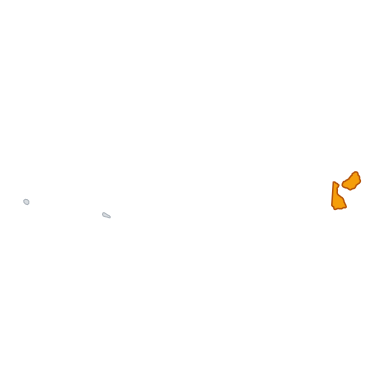 North Thiladhunmathe, Maldives (highlighted), rotated 94°
{"feature_id": "70690204B83662482201246", "entity_name": "North Thiladhunmathe", "entity_type": "district", "adm_level": 2, "iso_a3": "MDV", "parent_name": "Maldives", "parent_adm1": "", "projection": "mercator", "projection_center": [72.988, 6.959], "detail": "fine", "context": "in_parent", "style": "filled", "palette": "amber", "viewbox_px": 384, "rotation_deg": 94, "n_neighbors": 0, "source": "geoboundaries", "source_scale": "gbopen_adm2", "svg_char_len": 3842}
<svg xmlns="http://www.w3.org/2000/svg" viewBox="0 0 384 384"><g transform="rotate(94 192 192)"><path d="M222.1,278.9L220.6,279.7L219.2,279.4L218.7,278.4L219.4,276.9L220.6,274.9L221.4,272.9L222.6,271.7L223.5,272.1L223.4,273.3L222.9,274.9L222.7,277.0L222.1,278.9ZM213.9,359.0L212.1,359.2L210.9,357.7L211.2,355.6L212.6,354.1L214.9,354.0L216.1,355.3L215.5,357.4L213.9,359.0Z" fill="#d9dde1" stroke="#a8b0b8" stroke-width="1"/><path d="M195.4,51.6L195.5,51.3L195.6,51.2L195.9,51.2L196.1,51.0L196.4,50.9L196.6,50.7L196.7,50.4L196.8,50.2L196.8,49.9L197.0,49.7L197.5,49.5L197.8,49.4L198.2,49.3L198.6,49.2L199.0,49.0L199.3,48.7L199.4,48.3L199.4,48.0L199.3,47.6L199.0,46.9L198.8,46.6L198.6,46.3L198.5,45.8L198.3,45.5L198.2,45.1L198.3,44.8L198.3,44.5L198.3,44.0L198.4,43.7L198.3,43.3L198.3,42.9L198.3,42.5L198.3,42.1L198.3,41.8L198.2,41.4L198.1,41.2L197.9,41.0L197.6,40.8L197.4,40.4L197.2,39.9L197.0,39.6L196.9,39.2L196.9,38.9L197.0,38.7L197.1,38.4L197.1,38.2L196.9,38.0L196.8,37.7L196.6,37.4L196.3,37.2L195.9,37.2L195.3,37.4L194.8,37.7L194.5,37.8L194.1,37.9L193.9,38.1L193.6,38.3L193.3,38.5L192.9,38.7L192.4,38.9L192.0,39.2L191.4,39.6L190.9,39.7L190.3,39.9L189.8,40.0L189.5,40.1L188.9,40.5L188.4,40.7L188.0,41.0L187.7,41.3L187.3,41.7L187.0,42.1L186.9,42.4L186.6,42.9L186.4,43.4L186.1,43.7L185.8,44.1L185.6,44.4L185.3,44.9L185.1,45.3L184.8,45.7L184.4,46.1L184.2,46.3L183.9,46.6L183.5,46.8L183.0,47.0L182.7,47.1L182.4,47.1L182.2,47.2L181.9,47.2L181.3,47.2L180.7,47.2L180.4,47.2L179.9,47.1L179.4,47.3L178.9,47.5L178.5,47.5L178.1,47.5L177.7,47.3L177.3,47.2L177.2,47.0L176.9,46.7L176.6,46.5L176.2,46.3L175.7,46.2L175.3,46.1L175.0,46.0L174.7,46.1L174.5,46.6L174.4,47.0L174.1,47.3L173.8,47.3L173.5,47.6L173.4,48.1L173.2,48.6L173.2,48.9L172.8,49.3L172.5,49.5L172.3,50.1L172.1,50.6L172.2,50.8L172.2,51.1L172.2,51.3L172.2,51.5L172.3,51.7L195.4,51.6ZM178.7,34.7L178.8,34.4L178.8,34.2L178.7,33.9L178.6,33.7L178.4,33.4L178.2,33.1L177.9,32.8L177.8,32.6L177.7,32.4L177.6,32.1L177.4,31.9L177.4,31.6L177.3,31.2L177.2,31.0L177.2,30.7L176.8,30.2L176.7,30.0L176.5,29.8L176.2,29.6L175.7,29.4L175.4,29.2L175.2,29.1L174.8,29.0L174.4,28.8L173.9,28.7L173.6,28.5L173.4,28.2L173.1,27.7L172.7,27.4L172.5,27.1L172.3,26.8L172.1,26.6L171.9,26.4L171.8,26.2L171.7,26.0L171.6,25.9L171.4,25.7L171.1,25.5L170.8,25.3L170.5,25.1L170.2,25.0L169.8,24.9L169.5,24.8L169.2,24.8L168.8,24.9L168.6,25.0L168.3,25.1L168.1,25.3L167.9,25.5L167.6,25.7L167.2,25.8L166.9,25.8L166.6,25.8L166.4,25.8L166.2,25.8L165.8,25.9L165.5,25.9L165.3,26.0L165.1,26.0L164.8,26.2L164.6,26.3L164.4,26.5L164.2,26.6L163.9,26.9L163.8,27.1L163.7,27.3L163.3,27.5L163.2,27.6L162.8,27.6L162.5,27.7L162.2,27.8L161.7,27.9L161.5,28.0L161.3,28.2L161.0,28.4L160.8,28.7L160.7,28.9L160.7,29.2L160.6,29.5L160.5,29.8L160.6,30.1L160.6,30.4L160.6,30.8L160.8,31.0L161.0,31.3L161.1,31.5L161.3,31.7L161.5,31.8L161.7,32.0L161.8,32.1L161.9,32.3L162.0,32.5L162.2,32.9L162.3,33.0L162.6,33.3L162.8,33.4L163.0,33.5L163.3,33.5L163.5,33.5L164.0,33.7L164.3,33.7L164.5,34.0L164.7,34.3L164.9,34.6L165.1,34.7L165.4,34.9L165.6,35.1L165.9,35.2L166.2,35.4L166.5,35.6L166.8,35.9L167.0,35.9L167.1,36.1L167.3,36.2L167.6,36.3L167.8,36.3L168.0,36.4L168.1,36.5L168.2,36.8L168.3,37.0L168.5,37.3L168.7,37.5L168.8,37.6L169.0,37.8L169.1,38.0L169.2,38.4L169.4,38.7L169.5,39.0L169.8,39.2L170.0,39.3L170.3,39.6L170.5,40.0L170.8,40.4L170.9,40.6L171.0,40.8L171.0,41.3L171.3,41.6L171.5,41.7L171.6,41.8L171.9,41.8L172.2,41.9L172.3,42.1L172.7,42.3L172.9,42.4L173.2,42.5L173.4,42.5L173.7,42.6L174.1,42.6L174.5,42.6L174.9,42.6L175.2,42.4L175.4,42.2L175.6,42.1L175.9,41.9L176.1,41.7L176.2,41.4L176.3,41.2L176.5,40.9L176.7,40.6L176.7,40.3L176.8,40.0L177.0,39.6L177.1,39.3L177.1,39.1L177.1,38.8L177.1,38.5L177.1,38.2L177.2,37.8L177.3,37.3L177.5,36.9L177.8,36.5L177.9,36.1L178.1,35.9L178.3,35.7L178.6,35.2L178.7,34.7Z" fill="#f59e0b" stroke="#b45309" stroke-width="1.5"/></g></svg>